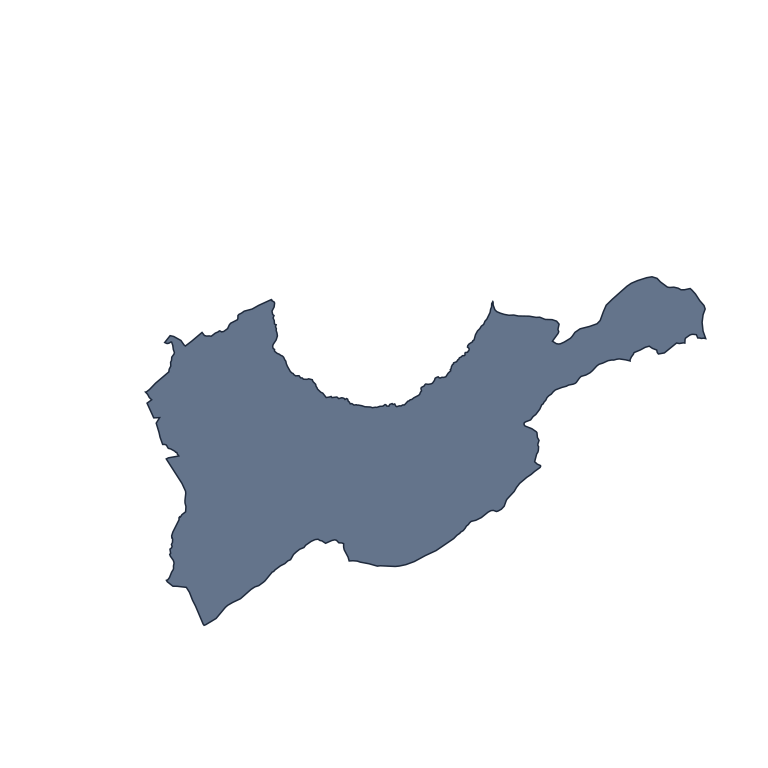 Chipaque, Cundinamarca, Colombia (Natural Earth projection), rotated 229°
{"feature_id": "7082276B56609677726929", "entity_name": "Chipaque", "entity_type": "district", "adm_level": 2, "iso_a3": "COL", "parent_name": "Colombia", "parent_adm1": "Cundinamarca", "projection": "natural_earth1", "projection_center": [-74.063, 4.408], "detail": "fine", "context": "isolated", "style": "filled", "palette": "slate", "viewbox_px": 768, "rotation_deg": 229, "n_neighbors": 0, "source": "geoboundaries", "source_scale": "gbopen_adm2", "svg_char_len": 6159}
<svg xmlns="http://www.w3.org/2000/svg" viewBox="0 0 768 768"><g transform="rotate(229 384 384)"><path d="M378.6,91.0L376.9,90.7L369.9,92.0L367.0,95.2L360.2,101.4L354.4,100.5L346.3,97.6L339.9,96.0L321.5,90.0L319.9,89.9L319.3,91.5L317.2,103.5L319.5,117.7L319.5,120.9L318.4,126.6L316.1,134.8L316.2,148.9L315.6,153.4L314.0,157.2L313.5,163.1L313.5,165.0L315.4,176.1L314.9,177.8L315.2,179.8L314.7,186.6L313.5,191.3L313.6,195.4L312.7,198.2L314.7,203.9L314.8,207.7L314.6,211.9L313.1,216.3L313.7,219.1L313.0,225.8L311.8,229.9L310.1,232.4L307.9,233.0L306.4,234.2L302.1,235.4L300.1,242.0L298.7,244.6L297.2,245.6L293.8,245.7L291.7,247.9L290.0,248.8L287.5,246.6L285.0,245.2L276.9,243.3L273.3,241.6L271.0,244.6L267.8,247.7L265.3,249.1L258.1,254.8L250.9,259.5L249.3,261.9L238.9,272.8L236.7,275.9L233.3,282.0L230.1,290.4L227.4,302.6L224.1,314.0L221.6,335.2L222.0,339.9L221.6,343.3L221.9,344.6L221.4,347.7L221.9,350.6L222.7,353.0L222.6,355.5L223.1,357.5L223.1,359.7L220.9,363.9L219.3,369.9L219.0,378.4L218.3,381.6L216.9,383.6L214.0,385.2L213.3,386.7L212.5,390.4L212.9,394.5L216.0,400.1L216.4,401.5L217.5,411.8L219.0,416.1L220.0,421.1L219.9,430.4L219.2,435.8L219.2,440.3L218.6,447.0L219.1,448.2L219.8,448.6L223.0,447.1L226.5,446.7L231.0,453.3L231.6,455.4L232.6,456.9L235.3,459.6L236.7,459.8L237.7,460.7L239.7,464.0L243.0,464.7L246.9,467.5L248.0,467.6L253.2,466.3L259.7,462.9L261.3,463.0L262.3,463.8L262.7,464.4L262.6,465.9L260.7,471.1L261.6,475.2L261.4,478.6L262.8,485.1L264.8,489.4L264.6,491.2L265.3,492.7L265.6,495.4L266.8,498.1L267.0,500.6L266.6,503.6L267.1,506.7L267.1,509.5L264.7,516.0L262.7,520.1L262.1,522.6L259.8,526.6L259.1,528.6L259.0,530.1L260.3,535.6L260.4,537.8L258.3,542.3L257.3,546.9L257.3,550.2L258.0,556.4L257.8,559.2L256.2,562.9L254.6,568.4L252.7,571.6L251.3,573.1L250.0,575.9L248.6,578.0L243.6,582.3L239.9,584.9L240.8,585.5L242.1,588.4L242.9,591.9L243.5,592.7L243.5,593.8L241.5,599.8L240.3,605.3L238.5,609.0L234.9,609.9L230.7,612.1L228.5,610.9L226.6,610.8L223.5,616.0L223.0,631.7L220.8,633.4L218.6,637.0L217.5,637.9L220.2,640.5L220.8,641.7L220.3,646.8L219.7,648.5L218.9,649.7L216.3,652.1L212.9,651.0L211.2,652.8L210.3,653.2L208.8,655.4L207.2,656.6L214.6,659.5L221.8,664.5L226.9,670.2L229.9,675.6L233.3,677.0L239.8,677.0L247.5,678.1L252.8,678.0L255.2,677.7L258.0,672.6L260.2,670.0L263.3,668.9L266.9,666.3L269.3,663.1L271.1,661.5L279.7,659.6L284.6,659.4L289.1,656.6L291.9,652.0L295.7,643.2L297.8,636.7L298.4,631.5L298.2,612.3L297.7,603.4L294.6,596.9L290.1,588.8L289.7,584.3L292.6,576.9L297.0,568.2L297.7,562.0L296.5,557.3L296.2,554.7L297.4,547.5L298.6,543.6L299.6,542.0L301.4,540.5L305.8,539.2L307.9,548.4L308.8,550.2L311.1,551.1L314.3,555.4L318.2,555.5L322.3,553.1L327.0,548.0L332.2,545.4L334.5,542.5L339.8,538.2L347.2,530.0L350.9,527.2L353.9,523.4L357.7,520.4L361.1,518.3L364.6,516.6L367.3,516.4L372.0,518.2L374.3,520.1L374.8,520.2L374.0,518.0L371.6,515.7L370.4,513.4L368.4,511.0L365.5,504.2L365.2,501.5L363.6,498.3L363.8,495.4L362.9,492.5L362.7,489.4L361.2,485.4L358.2,480.9L358.4,479.5L357.8,478.5L358.4,474.4L358.0,472.4L357.1,471.2L355.4,471.5L354.4,471.2L353.5,469.8L353.6,469.1L353.1,467.9L354.4,466.0L354.1,465.3L352.8,464.2L352.7,463.3L353.9,461.8L353.8,460.0L354.3,458.1L353.7,456.8L353.8,455.6L353.2,453.4L354.3,450.4L353.6,449.6L353.7,448.4L352.8,446.2L351.5,444.7L351.4,443.5L350.2,443.0L350.1,439.6L348.9,435.4L349.8,433.4L351.1,432.1L351.6,430.4L352.5,429.7L353.9,429.6L354.6,427.7L354.8,426.3L353.7,424.6L352.8,421.1L353.3,419.5L354.7,417.2L356.6,415.5L356.7,414.8L356.2,412.8L356.9,409.9L356.3,408.9L354.2,407.8L353.9,406.2L352.8,404.1L352.8,402.5L354.0,397.5L354.1,394.9L354.9,393.4L354.9,391.6L355.4,390.7L354.8,385.8L356.0,384.2L356.2,382.6L357.5,381.2L358.5,378.8L359.7,378.4L361.9,379.0L362.6,377.4L363.9,377.3L364.8,375.0L364.1,373.1L365.4,371.7L367.1,371.8L367.8,371.3L368.0,368.8L368.4,368.0L369.8,366.4L371.1,363.2L372.2,362.2L373.7,359.7L375.5,358.7L379.3,354.7L382.2,353.0L385.2,350.6L385.6,349.9L386.5,349.5L387.8,347.5L390.3,346.9L391.2,345.5L393.1,346.0L394.3,345.7L396.5,346.6L397.6,346.2L397.9,344.4L399.1,344.5L400.5,343.8L401.5,342.9L402.6,340.3L405.1,339.9L407.9,335.8L409.3,335.9L410.0,334.2L411.7,331.5L417.3,331.8L419.3,330.9L423.8,330.5L425.1,331.0L426.8,331.2L428.6,332.2L432.5,332.0L434.3,332.7L437.4,330.5L437.9,329.1L440.5,326.3L442.1,326.3L443.4,325.1L446.0,325.3L448.2,322.6L450.3,322.1L451.5,322.3L452.4,321.8L454.8,321.5L460.7,322.7L463.4,323.6L465.7,324.9L467.4,325.0L470.0,325.8L471.7,325.7L473.6,324.8L475.0,324.6L477.1,323.5L479.8,323.0L480.8,323.0L481.9,324.1L483.2,323.7L484.2,323.9L485.7,324.9L486.6,326.4L488.0,331.5L490.2,335.1L492.7,336.7L495.1,337.7L496.4,339.1L498.3,339.6L499.5,341.5L500.3,340.9L501.3,340.8L503.9,342.8L506.6,343.6L507.8,345.9L509.5,345.6L512.5,347.3L514.2,351.6L516.8,354.5L517.8,354.9L520.1,354.2L520.9,354.4L521.0,353.9L521.7,354.2L525.6,340.9L527.1,333.6L530.7,326.3L531.0,322.9L531.7,320.2L531.5,318.7L529.2,316.6L528.7,315.4L530.5,308.1L530.1,306.0L528.4,302.3L528.8,297.5L529.9,295.6L531.5,295.1L532.1,294.6L532.2,292.8L533.1,290.1L533.4,284.9L534.8,283.8L536.6,281.5L538.4,280.3L542.3,280.5L542.5,266.8L543.0,259.0L544.7,258.7L550.1,259.3L557.8,256.5L560.8,254.3L559.2,245.7L557.2,246.6L556.4,247.4L555.8,248.8L555.6,250.5L555.0,251.2L551.7,249.9L548.2,247.6L545.3,246.5L544.4,245.2L543.5,241.4L541.2,239.1L540.4,237.2L537.4,234.8L536.1,231.6L534.3,229.5L534.5,212.2L533.7,203.4L533.9,199.7L534.4,198.7L531.3,198.8L527.8,198.0L524.5,198.3L525.0,192.6L509.5,188.0L505.8,192.6L503.9,186.4L494.8,182.3L490.8,180.1L483.6,177.3L482.2,178.9L480.7,179.7L477.4,179.0L476.6,179.2L475.2,180.3L470.6,182.0L469.2,182.0L468.2,182.7L466.5,182.0L464.9,182.1L464.3,181.9L469.7,172.9L470.3,170.5L441.5,166.3L433.3,163.9L431.5,162.6L426.7,157.4L424.8,155.8L421.4,154.1L417.7,150.4L418.0,145.9L417.2,143.1L417.3,142.6L417.8,142.6L417.6,141.6L416.0,140.2L410.8,127.5L408.7,124.1L407.0,122.9L406.8,123.2L405.5,122.6L403.2,120.4L402.3,118.2L400.5,117.6L399.7,116.0L399.8,114.1L396.2,111.9L396.0,110.5L394.2,109.8L389.3,109.3L387.5,108.6L386.4,107.9L384.8,105.7L382.9,104.2L382.2,103.1L381.3,100.2L378.7,95.2L378.1,92.3L378.6,91.0Z" fill="#64748b" stroke="#1e293b" stroke-width="1.5"/></g></svg>